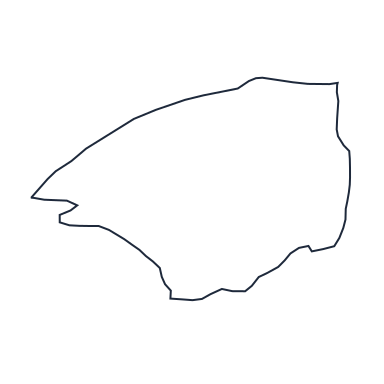 the district of VI-3 Black Bush Polder, East Berbice-Corentyne, Guyana, rotated 265°
{"feature_id": "73187651B65372022493743", "entity_name": "VI-3 Black Bush Polder", "entity_type": "district", "adm_level": 2, "iso_a3": "GUY", "parent_name": "Guyana", "parent_adm1": "East Berbice-Corentyne", "projection": "equal_earth", "projection_center": [-57.284, 6.065], "detail": "fine", "context": "isolated", "style": "outline", "palette": "slate", "viewbox_px": 384, "rotation_deg": 265, "n_neighbors": 0, "source": "geoboundaries", "source_scale": "gbopen_adm2", "svg_char_len": 1097}
<svg xmlns="http://www.w3.org/2000/svg" viewBox="0 0 384 384"><g transform="rotate(265 192 192)"><path d="M288.0,346.6L287.5,338.3L289.6,316.9L292.5,302.1L299.7,272.1L299.8,265.6L297.6,258.4L291.1,246.6L287.3,211.9L284.4,193.1L277.0,163.2L269.9,140.5L244.4,90.2L241.4,86.0L233.3,74.5L224.6,58.1L217.5,49.3L200.8,31.8L200.3,31.8L199.9,34.0L197.2,44.1L195.9,54.1L194.3,66.6L188.7,76.5L184.2,69.4L180.7,58.2L173.3,57.6L169.5,67.0L168.1,76.9L167.1,86.6L166.3,96.0L161.5,105.9L151.0,120.3L145.0,127.3L138.9,134.6L132.2,140.5L126.2,147.0L119.1,153.3L110.1,154.5L102.5,157.1L95.6,162.3L87.7,161.2L85.8,173.4L84.2,183.1L84.6,192.6L88.6,201.5L92.8,213.3L89.7,223.5L88.5,236.3L93.3,243.4L101.5,251.1L104.7,259.7L109.8,271.3L115.8,278.4L122.2,284.7L127.0,293.7L128.1,303.3L122.4,306.2L123.7,317.7L125.6,329.0L133.4,334.8L143.0,339.6L151.2,342.5L161.9,343.7L168.8,345.8L177.8,348.2L185.4,349.8L192.7,350.7L202.2,351.5L211.2,352.1L219.1,352.2L225.2,347.2L234.8,342.3L241.7,341.6L252.6,343.0L261.6,344.4L269.8,345.7L278.8,345.0L286.0,345.9L288.0,346.6Z" fill="none" stroke="#1e293b" stroke-width="2"/></g></svg>